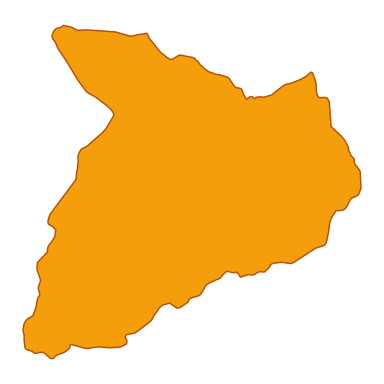 an SVG outline of Baghlan
{"feature_id": "AFG-1766", "entity_name": "Baghlan", "entity_type": "Province", "adm_level": 1, "iso_a3": "AFG", "parent_name": "Afghanistan", "parent_adm1": "", "projection": "mercator", "projection_center": [68.855, 35.789], "detail": "fine", "context": "isolated", "style": "filled", "palette": "amber", "viewbox_px": 384, "rotation_deg": 0, "n_neighbors": 0, "source": "natural_earth", "source_scale": "10m", "svg_char_len": 3687}
<svg xmlns="http://www.w3.org/2000/svg" viewBox="0 0 384 384"><path d="M361.0,188.4L358.8,194.0L358.1,194.8L356.9,195.8L351.5,198.3L350.2,199.9L346.9,206.5L345.4,208.4L343.9,209.7L341.2,210.4L338.8,210.7L336.2,210.6L331.7,217.4L330.1,221.7L329.4,225.1L329.0,229.5L326.8,240.4L326.0,243.1L324.3,245.5L315.7,248.1L293.9,262.3L291.0,263.6L281.7,262.3L273.9,263.2L271.9,263.9L270.7,264.8L269.2,267.5L264.5,272.0L259.7,271.7L257.2,272.6L255.1,274.2L253.6,274.9L248.1,274.7L240.4,277.1L237.7,273.0L236.5,272.2L235.4,272.6L233.1,272.7L226.9,271.2L222.9,274.7L221.2,277.0L219.8,278.3L218.6,279.0L217.5,279.3L208.8,283.3L206.9,284.5L205.5,285.9L202.5,291.4L200.9,293.9L199.8,295.1L198.6,295.8L191.3,297.9L189.8,298.9L189.0,299.7L187.8,302.3L180.0,307.6L178.6,307.9L176.9,308.1L169.7,303.1L163.0,305.0L162.0,305.6L160.5,306.8L158.8,308.5L157.1,311.4L154.2,315.1L151.6,320.0L150.3,321.5L150.0,321.7L137.2,331.5L134.8,333.0L126.9,334.7L125.8,335.3L125.3,336.2L125.4,336.8L125.6,337.9L126.6,339.9L126.9,341.0L127.0,341.7L126.4,344.0L121.6,346.6L118.0,347.3L109.2,347.8L98.6,346.8L87.1,348.5L84.6,348.2L71.9,344.6L70.8,344.7L70.2,345.3L70.1,346.2L69.9,347.2L69.3,348.2L68.2,349.5L66.2,351.1L63.7,352.6L58.9,354.3L55.2,356.2L53.9,358.0L52.9,358.5L52.1,358.6L51.2,358.6L50.4,358.3L44.4,353.1L43.2,352.5L42.0,352.2L40.8,352.3L36.8,353.2L35.5,353.4L34.5,353.2L33.8,352.8L33.1,352.3L32.6,351.7L32.0,351.2L26.7,349.6L25.9,349.0L25.2,348.1L24.8,346.4L24.1,339.4L24.1,338.1L24.2,336.8L24.2,335.5L24.0,334.3L23.7,333.2L23.3,332.1L23.0,330.9L23.0,329.7L23.8,325.1L24.2,323.7L25.2,321.8L26.0,320.6L27.2,319.3L28.3,318.4L32.7,315.9L33.8,313.5L34.3,311.6L35.5,308.9L36.0,307.2L37.0,301.1L37.6,298.9L38.2,297.2L39.0,296.2L39.6,295.0L39.7,293.5L38.4,289.2L38.3,287.3L38.9,285.1L40.2,282.1L40.5,280.5L40.2,278.8L37.6,271.6L37.0,267.9L37.4,262.5L46.8,252.8L47.4,251.4L47.5,249.4L47.9,247.5L48.6,245.5L52.5,240.5L54.8,236.6L55.7,230.2L53.6,227.4L52.8,226.7L48.4,224.1L48.0,222.1L48.1,221.1L48.3,219.7L49.1,216.7L50.4,213.8L75.3,180.5L76.0,179.1L76.7,172.2L77.3,169.8L78.2,161.5L78.2,160.2L77.9,157.3L78.0,156.0L78.5,154.6L79.7,151.7L80.5,150.3L81.6,149.0L86.8,146.4L102.9,132.2L106.3,128.2L114.0,115.2L113.5,113.4L112.3,111.2L111.2,109.8L107.0,105.8L95.5,97.0L88.2,93.1L86.3,91.4L78.2,80.6L66.3,60.9L57.9,48.3L57.1,46.6L55.8,43.2L55.1,41.9L52.6,38.6L52.1,37.4L52.0,36.1L52.5,34.2L53.8,31.3L54.5,30.1L55.6,29.1L57.0,28.3L61.0,27.2L63.5,25.4L71.9,27.3L76.2,29.9L77.8,30.3L87.0,29.9L115.2,31.9L129.8,36.0L131.8,36.2L133.6,35.9L136.4,34.9L147.0,33.3L149.2,38.1L160.1,51.9L167.7,57.9L169.5,59.0L171.1,59.5L172.3,59.2L173.5,58.6L178.3,55.6L179.3,55.2L180.1,55.0L184.4,55.9L192.7,57.5L194.8,58.4L194.9,58.9L195.1,59.3L195.4,59.6L197.4,61.1L198.6,62.4L200.7,65.2L205.6,69.6L209.0,71.8L215.9,74.3L219.1,74.7L225.6,76.5L227.8,77.4L229.2,78.4L230.0,79.6L230.7,80.8L233.0,84.3L235.1,87.2L238.0,88.0L240.2,88.3L241.3,88.9L241.9,90.0L242.9,92.9L243.8,94.9L245.4,97.7L246.2,98.7L246.9,99.0L247.4,98.7L248.8,97.5L249.6,97.0L250.5,96.6L252.0,96.6L252.8,97.1L253.6,98.2L254.0,98.6L254.4,98.7L255.0,98.4L255.6,97.8L256.8,97.2L258.3,96.9L264.3,97.1L271.6,94.9L282.9,86.0L285.2,84.6L288.0,83.8L290.7,83.4L301.1,79.2L306.7,76.0L310.8,72.2L312.6,72.9L315.4,80.7L316.0,83.3L316.2,85.4L316.2,89.7L316.6,93.0L317.2,94.9L317.9,96.3L318.6,97.1L319.3,97.5L319.9,97.7L320.5,97.7L324.9,97.4L327.2,98.0L329.3,102.1L331.1,126.6L341.4,136.2L345.0,140.6L348.0,146.5L348.3,147.5L348.5,148.1L348.5,149.2L348.5,149.8L348.9,151.0L350.6,154.9L351.6,156.3L353.0,157.6L353.6,158.3L354.0,159.0L354.2,159.6L354.3,160.0L354.1,161.5L354.5,163.1L355.5,164.8L358.1,168.1L359.4,170.1L360.2,171.9L361.0,188.4Z" fill="#f59e0b" stroke="#b45309" stroke-width="1.5"/></svg>